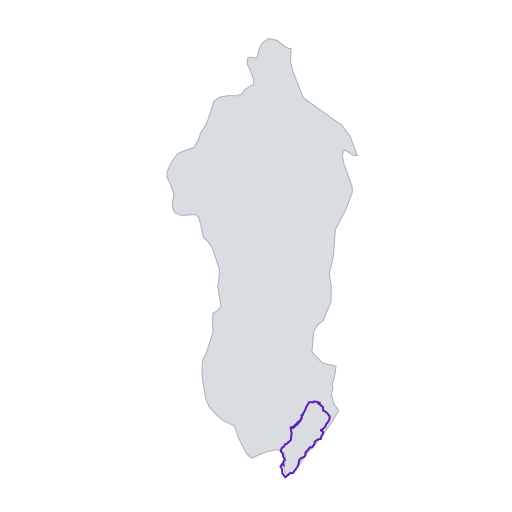 location of Malësi e Madhe, Shkodër, Albania, rotated 185°
{"feature_id": "67620474B62137861373373", "entity_name": "Malësi e Madhe", "entity_type": "district", "adm_level": 2, "iso_a3": "ALB", "parent_name": "Albania", "parent_adm1": "Shkodër", "projection": "albers", "projection_center": [19.601, 42.395], "detail": "fine", "context": "in_parent", "style": "outline", "palette": "violet", "viewbox_px": 512, "rotation_deg": 185, "n_neighbors": 0, "source": "geoboundaries", "source_scale": "gbopen_adm2", "svg_char_len": 2823}
<svg xmlns="http://www.w3.org/2000/svg" viewBox="0 0 512 512"><g transform="rotate(185 256 256)"><path d="M166.7,153.2L167.0,146.0L168.8,134.6L167.8,130.8L168.8,124.3L165.6,115.6L160.2,109.3L165.4,98.2L173.0,84.8L180.0,74.2L188.5,63.1L194.2,52.4L200.3,43.3L205.5,40.5L208.1,42.4L209.5,46.4L209.2,58.3L211.0,62.3L214.6,65.3L222.2,63.9L230.7,60.9L242.0,54.6L244.0,54.9L248.2,58.2L257.1,72.4L263.0,85.0L274.6,89.3L281.1,94.1L289.4,101.5L293.5,109.0L299.4,131.8L300.2,145.7L298.7,152.0L297.3,153.7L292.3,176.3L293.7,187.8L293.7,195.4L289.4,198.4L286.5,203.2L291.4,221.9L290.9,230.0L291.2,239.2L300.1,260.0L305.2,266.4L309.8,269.5L315.9,288.7L319.4,292.0L333.5,290.0L340.5,292.0L343.3,296.5L344.0,299.7L343.2,310.5L346.9,318.7L351.7,327.2L351.8,332.5L348.8,341.1L343.2,351.1L335.7,355.1L327.5,358.5L323.6,366.3L321.7,374.5L318.0,380.7L315.8,387.4L312.4,401.2L311.7,406.2L306.0,411.2L297.3,413.4L289.4,413.9L284.1,416.3L281.5,421.0L276.5,424.8L273.4,426.5L273.5,430.7L277.2,439.3L281.5,446.4L281.6,452.0L279.6,453.6L273.1,453.0L271.8,455.1L271.1,461.4L269.4,466.8L266.8,470.1L262.2,473.8L253.7,472.6L245.7,467.3L241.6,465.6L239.2,465.8L238.5,452.6L235.0,442.3L222.4,417.5L181.7,393.5L172.1,382.6L168.0,373.5L163.8,364.9L167.8,364.7L171.8,366.9L176.9,369.5L178.9,365.2L176.7,355.8L166.4,333.8L165.6,327.8L170.8,309.4L179.3,288.8L178.8,263.8L181.4,244.9L178.5,232.6L177.2,217.6L183.3,197.6L188.6,192.7L191.8,186.4L192.0,165.1L180.3,155.1L166.7,153.2Z" fill="#d9dde1" stroke="#a8b0b8" stroke-width="1"/><path d="M214.5,63.9L213.6,62.9L213.4,62.6L212.9,62.1L212.2,61.8L211.6,59.0L210.4,56.9L209.5,56.0L211.0,52.7L210.5,49.9L212.1,50.8L213.3,48.2L211.9,47.0L210.8,41.8L207.6,38.2L205.0,40.5L203.2,42.7L200.3,43.0L196.6,49.1L195.7,51.2L195.1,56.7L193.7,58.4L190.3,60.2L189.5,62.0L189.6,64.5L186.9,68.1L185.6,70.2L183.3,70.3L181.5,73.6L181.3,76.1L178.5,78.7L175.4,79.4L175.0,82.8L174.0,84.0L173.7,86.6L176.0,87.8L176.1,88.5L174.6,89.1L172.6,91.6L171.6,93.1L171.7,94.2L170.1,96.5L169.1,98.3L169.1,98.9L168.4,100.3L168.7,101.6L168.5,102.7L170.3,104.6L171.6,105.8L173.8,107.3L175.7,108.0L176.0,111.2L177.6,112.4L178.6,112.8L178.7,113.6L180.1,113.9L179.9,114.9L180.7,114.8L180.8,114.8L180.3,115.4L182.1,116.0L185.7,116.1L186.1,115.1L190.2,115.1L191.3,113.0L192.6,110.3L193.4,107.8L193.9,106.0L194.7,104.5L195.4,103.0L195.5,101.8L196.7,101.4L196.4,99.6L196.2,99.3L196.5,97.8L197.2,97.8L197.4,96.0L197.5,95.4L198.3,94.5L198.6,95.1L199.9,94.2L199.4,93.3L199.9,92.0L201.0,92.0L201.2,90.9L202.3,89.7L201.9,91.4L203.2,90.0L203.4,89.3L204.9,87.9L205.0,88.8L206.4,88.4L206.1,86.0L205.9,84.8L205.3,83.6L205.0,82.0L205.3,78.8L205.3,78.1L205.1,77.0L205.4,75.5L206.4,74.5L207.3,73.3L207.8,73.3L208.2,72.4L209.2,71.4L209.9,71.2L210.6,71.1L211.2,69.7L211.6,68.6L213.4,67.3L214.3,64.6L214.5,63.9Z" fill="none" stroke="#5b21b6" stroke-width="2"/></g></svg>